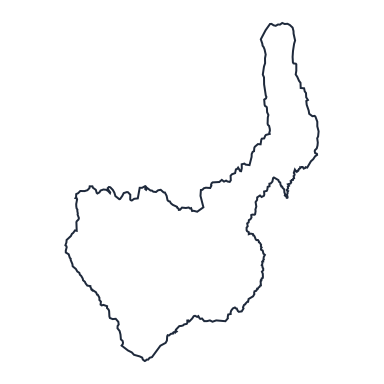 Ban Tak, Tak, Thailand
{"feature_id": "78962969B53904723449117", "entity_name": "Ban Tak", "entity_type": "district", "adm_level": 2, "iso_a3": "THA", "parent_name": "Thailand", "parent_adm1": "Tak", "projection": "equal_earth", "projection_center": [99.137, 17.16], "detail": "fine", "context": "isolated", "style": "outline", "palette": "slate", "viewbox_px": 384, "rotation_deg": 0, "n_neighbors": 0, "source": "geoboundaries", "source_scale": "gbopen_adm2", "svg_char_len": 5998}
<svg xmlns="http://www.w3.org/2000/svg" viewBox="0 0 384 384"><path d="M315.4,116.6L314.6,115.9L312.4,116.2L309.2,113.8L308.7,110.6L306.7,104.8L306.3,101.0L307.9,100.0L306.2,97.3L306.0,93.1L304.7,91.3L304.1,88.3L300.7,88.0L300.5,82.8L299.0,80.8L297.3,76.9L295.7,74.5L296.3,70.8L296.3,64.3L295.8,63.7L293.5,63.4L292.9,62.3L292.6,56.9L293.0,51.0L294.1,43.8L295.1,40.5L293.6,33.7L293.5,31.1L292.6,27.6L289.8,25.0L287.5,23.8L284.7,24.0L282.2,23.0L280.0,24.6L278.0,24.5L275.7,25.8L273.6,25.3L271.5,23.9L270.0,24.0L265.6,30.2L260.8,39.3L262.3,43.7L262.6,45.7L263.6,47.0L264.6,49.5L265.7,54.6L265.0,58.3L265.1,63.2L264.0,66.5L262.8,74.6L264.0,77.4L264.1,84.4L265.8,95.6L266.4,96.9L266.0,98.4L264.2,99.6L264.6,104.8L265.0,105.9L266.5,106.8L266.9,107.8L267.1,112.2L268.4,115.0L267.8,117.5L267.6,123.6L267.9,124.8L269.1,125.9L269.8,129.0L269.9,130.7L269.3,132.8L269.7,133.9L266.0,134.9L265.3,135.6L264.2,138.4L261.8,138.7L261.3,139.7L260.6,144.3L257.9,144.1L254.8,146.8L254.3,147.9L254.0,151.2L252.7,151.8L251.7,154.0L251.6,156.9L249.5,165.1L245.6,164.6L244.4,163.6L241.7,164.3L241.8,168.1L241.1,171.2L240.2,171.1L238.1,167.6L237.2,168.9L235.9,169.4L235.1,173.1L231.9,174.3L230.6,175.8L230.8,180.3L229.7,181.9L227.5,181.5L226.1,180.6L224.0,181.6L221.8,179.9L219.3,182.0L212.6,182.4L211.6,183.3L211.0,185.0L211.4,185.7L210.2,188.0L205.9,187.7L203.8,188.3L202.4,189.8L200.9,190.0L200.5,195.9L203.4,207.3L197.2,211.7L193.6,210.8L192.1,211.0L191.1,208.1L190.0,208.5L188.7,207.5L185.9,208.0L182.0,207.6L180.0,209.8L178.8,209.9L178.5,208.6L177.1,207.6L177.0,206.8L172.7,204.8L170.9,203.3L169.8,201.4L168.5,201.2L167.5,200.1L166.6,195.8L164.9,192.5L163.6,192.4L160.7,189.8L158.1,190.3L156.0,192.0L153.3,191.7L151.8,190.5L150.5,190.5L147.2,188.0L146.1,189.8L145.2,189.0L145.8,186.5L145.2,186.1L142.1,187.8L139.7,187.8L137.8,198.4L134.2,198.8L131.8,200.5L130.6,200.1L130.2,199.3L130.3,194.7L127.9,192.2L126.8,192.1L123.7,193.1L122.3,195.9L120.1,199.0L119.3,199.2L115.4,196.1L114.3,192.5L112.8,189.9L110.3,187.3L108.9,187.0L107.7,188.2L108.1,189.4L110.2,192.4L110.0,193.1L108.2,191.1L106.2,189.8L103.5,189.5L100.6,190.5L99.4,192.4L97.4,193.5L96.7,192.9L95.8,189.8L93.0,187.8L92.4,186.3L89.7,186.3L89.4,188.2L87.4,190.2L84.6,191.1L80.3,191.0L78.1,193.2L76.2,194.1L76.1,196.9L75.5,198.1L76.7,198.3L77.1,199.3L76.2,204.1L76.3,206.5L76.6,208.4L77.4,209.6L77.3,210.9L77.8,213.5L77.6,214.6L78.9,218.1L78.5,219.5L76.7,221.3L76.4,222.2L76.7,230.8L75.0,230.4L73.2,232.9L71.9,233.9L70.9,236.0L66.6,240.0L66.4,242.5L65.4,245.3L66.4,246.2L66.7,247.2L65.8,250.5L65.8,252.5L68.7,254.3L69.8,257.8L70.7,258.7L70.6,259.8L72.4,264.1L72.7,266.3L75.9,269.0L77.3,271.5L79.3,272.8L79.9,274.7L81.2,275.9L82.7,278.5L83.1,280.3L84.9,281.8L85.6,283.4L87.3,285.6L90.4,286.1L90.5,287.4L91.3,288.5L91.3,289.4L92.3,289.7L92.2,290.3L92.9,290.8L93.6,290.7L96.0,292.3L97.1,294.7L97.8,294.8L99.4,297.7L99.4,300.0L100.9,301.6L100.6,304.6L101.7,305.4L103.4,304.9L107.1,306.2L107.0,308.0L108.5,309.5L109.1,311.0L109.4,316.5L109.9,318.0L112.7,319.1L115.7,318.8L118.3,321.8L118.7,324.5L117.6,326.0L117.5,328.3L119.6,331.0L120.5,334.6L120.9,339.4L122.6,340.9L123.0,342.7L122.8,344.0L121.6,345.6L128.0,350.5L131.8,352.4L134.0,354.8L139.7,356.4L142.2,357.6L142.8,359.5L144.7,361.0L145.4,360.8L146.7,359.6L148.2,359.6L149.6,357.8L152.0,357.1L160.4,345.7L165.6,342.9L166.9,340.6L167.2,336.2L167.7,335.2L168.9,335.5L171.0,333.8L173.2,333.5L173.2,332.6L173.7,332.2L174.8,332.0L175.2,332.5L175.8,331.7L176.4,331.7L176.7,331.5L175.6,330.5L175.9,329.7L179.3,326.1L181.5,325.9L183.1,325.4L184.1,324.4L186.7,323.9L187.4,322.6L187.3,320.5L188.2,320.4L188.8,321.5L189.3,321.5L192.2,318.5L193.7,316.2L195.0,315.8L197.2,316.9L198.3,316.1L199.7,318.5L200.4,318.9L202.0,318.5L204.2,321.1L207.1,321.1L209.9,320.4L212.5,321.7L216.2,320.4L225.4,321.2L227.9,318.3L227.7,317.2L228.2,314.5L230.7,314.0L230.6,312.5L231.2,310.6L232.9,308.4L234.9,307.5L235.7,308.4L236.7,308.5L237.8,310.9L238.8,311.8L241.7,311.4L243.5,308.5L243.0,307.3L244.0,305.0L245.3,304.3L245.4,303.7L247.5,301.6L248.1,301.7L248.6,299.0L253.1,296.3L254.4,294.0L254.1,293.0L254.5,291.3L256.2,290.8L257.0,289.0L257.4,289.3L257.8,288.9L258.5,287.5L259.5,286.9L260.4,285.3L260.9,285.3L260.6,281.2L261.1,280.9L261.0,280.1L261.5,280.0L261.7,278.4L262.8,277.9L262.9,276.8L262.8,273.7L261.9,271.7L263.2,270.3L263.2,268.4L262.6,267.7L262.3,265.7L261.7,265.2L262.4,263.8L262.2,261.7L263.2,261.5L263.0,260.6L263.8,259.5L263.5,259.1L263.8,256.8L264.9,254.9L263.4,253.6L262.7,250.6L261.0,249.6L261.1,247.9L261.6,247.5L260.8,246.1L261.1,244.8L259.9,242.9L258.9,242.3L258.9,241.4L257.9,240.0L256.5,240.1L255.8,239.5L254.6,236.5L254.0,235.5L253.2,235.4L253.0,234.1L250.7,233.6L248.8,234.2L248.8,232.2L247.1,231.2L246.6,230.2L246.6,227.6L247.7,226.3L247.2,223.4L248.6,222.4L248.9,220.1L250.4,219.3L251.5,217.5L251.2,215.1L252.2,214.6L254.6,214.7L255.1,214.2L255.6,211.2L255.4,209.5L256.3,206.6L255.6,202.1L257.1,199.9L257.2,197.4L260.0,195.5L261.6,197.0L263.9,195.8L264.3,194.6L264.1,191.5L266.7,190.9L267.3,189.7L267.7,186.8L269.5,186.3L269.4,183.7L270.8,183.4L272.4,181.6L273.1,178.1L273.9,177.5L278.4,180.1L278.9,181.7L280.2,182.5L280.5,184.8L281.6,186.1L281.4,186.5L282.3,186.9L282.5,187.7L284.2,189.4L284.4,192.4L285.2,194.4L284.8,195.4L286.2,196.7L286.7,196.5L286.8,197.8L287.4,197.8L287.6,197.2L287.0,194.6L287.6,193.3L287.5,192.1L288.1,191.1L287.0,190.5L286.8,189.9L288.1,188.4L287.8,186.6L289.0,185.8L287.9,184.3L290.5,183.5L291.2,182.4L290.7,181.1L291.4,180.8L291.7,180.0L293.0,179.9L293.2,178.7L294.1,178.2L293.6,176.1L294.3,175.6L294.6,174.3L293.8,172.9L294.9,169.6L296.1,171.5L296.8,171.2L297.0,171.7L297.9,171.0L297.6,170.6L298.6,170.0L299.0,168.9L300.0,168.4L300.2,167.4L300.7,167.7L301.3,167.0L302.7,167.0L303.7,168.6L305.2,168.0L305.6,167.2L307.2,167.6L310.9,161.3L313.2,159.2L315.1,156.3L317.1,154.9L316.9,153.8L315.1,153.0L314.7,151.1L315.1,150.0L316.7,148.5L317.5,145.6L317.8,142.5L317.2,138.3L318.1,136.5L318.6,131.4L317.3,126.3L317.3,121.7L315.4,116.6Z" fill="none" stroke="#1e293b" stroke-width="2"/></svg>